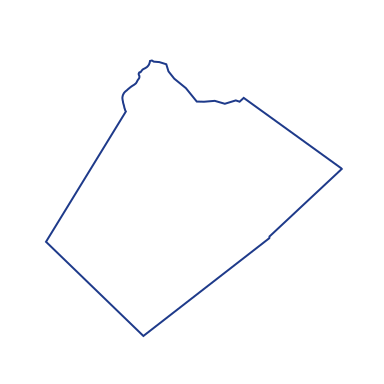 outline of Mailly Motete, Soufrière, Saint Lucia, rotated 172°
{"feature_id": "8701671B87910523251509", "entity_name": "Mailly Motete", "entity_type": "district", "adm_level": 2, "iso_a3": "LCA", "parent_name": "Saint Lucia", "parent_adm1": "Soufrière", "projection": "mercator", "projection_center": [-61.027, 13.818], "detail": "fine", "context": "isolated", "style": "outline", "palette": "blue", "viewbox_px": 384, "rotation_deg": 172, "n_neighbors": 0, "source": "geoboundaries", "source_scale": "gbopen_adm2", "svg_char_len": 2178}
<svg xmlns="http://www.w3.org/2000/svg" viewBox="0 0 384 384"><g transform="rotate(172 192 192)"><path d="M40.5,194.0L40.9,194.7L127.7,278.0L132.3,274.8L135.9,276.6L147.2,274.8L156.8,279.1L167.5,279.7L174.7,280.9L183.6,295.7L193.8,306.7L198.5,314.7L199.7,322.1L206.3,325.2L211.7,326.4L213.4,327.8L215.3,327.6L215.4,327.2L215.6,326.8L215.8,326.4L215.9,326.0L216.1,325.6L216.3,325.2L216.5,324.9L216.7,324.5L216.9,324.1L217.3,323.7L217.6,323.4L217.9,323.1L218.2,322.8L218.5,322.6L218.8,322.3L219.1,322.1L219.5,321.9L219.9,321.7L220.3,321.5L220.8,321.3L221.2,321.1L221.6,321.0L222.1,320.8L222.4,320.7L222.8,320.6L223.1,320.5L223.3,320.4L223.8,320.1L224.0,320.0L224.2,319.8L224.6,319.5L224.9,319.2L225.3,318.8L225.6,318.4L226.0,318.1L226.2,317.9L226.6,317.7L227.0,317.9L227.4,317.8L227.7,317.6L227.9,317.2L228.2,316.8L228.4,316.4L228.4,315.8L228.3,315.4L228.2,314.9L228.0,314.6L228.0,314.2L228.0,313.6L228.1,313.1L228.2,312.7L228.3,312.5L228.5,312.1L228.7,311.8L229.0,311.5L229.3,311.2L229.6,310.9L229.9,310.6L230.2,310.3L230.5,309.9L230.7,309.6L230.9,309.3L231.2,308.9L231.4,308.6L231.7,308.2L232.1,307.8L232.3,307.5L232.6,307.3L233.1,307.0L233.4,306.8L233.8,306.6L234.1,306.4L234.5,306.2L235.0,306.0L235.4,305.8L235.7,305.7L235.9,305.6L236.3,305.4L236.6,305.3L237.1,305.0L237.4,304.9L237.7,304.7L238.1,304.5L238.5,304.3L238.9,304.0L239.1,303.9L239.5,303.7L239.9,303.4L240.2,303.2L240.6,303.0L241.0,302.7L241.4,302.5L241.8,302.2L242.1,301.9L242.5,301.7L242.8,301.5L243.1,301.4L243.5,301.1L243.8,300.9L244.2,300.7L244.4,300.5L244.7,300.3L245.1,299.9L245.4,299.7L245.7,299.3L246.0,299.0L246.2,298.6L246.5,298.2L246.8,297.8L247.0,297.4L247.2,297.0L247.3,296.7L247.4,296.3L247.6,295.9L247.7,295.6L247.8,295.1L247.8,294.8L247.9,294.3L247.9,293.9L247.9,293.5L247.9,293.2L247.9,292.8L247.9,292.3L247.8,291.6L247.8,291.2L247.8,290.9L247.8,290.5L247.8,290.1L247.7,289.5L247.7,289.0L247.6,288.5L247.5,288.1L247.5,287.8L247.4,287.3L247.4,286.9L247.3,286.4L247.3,286.0L247.3,285.6L247.2,284.9L247.2,284.6L247.1,284.1L247.0,283.7L246.9,283.3L246.9,282.8L246.8,282.3L246.3,280.9L343.5,163.0L260.2,56.2L121.9,135.5L121.4,137.2L40.5,194.0Z" fill="none" stroke="#1e3a8a" stroke-width="2"/></g></svg>